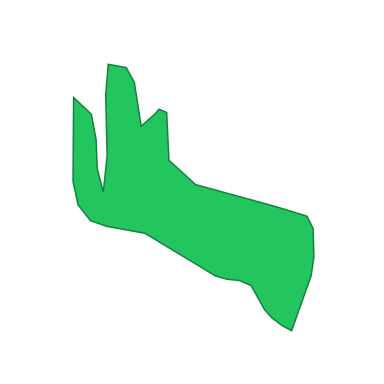 an SVG outline of Middle Caicos, rotated 203°
{"feature_id": "TCA-5003", "entity_name": "Middle Caicos", "entity_type": "state/province", "adm_level": 1, "iso_a3": "TCA", "parent_name": "Turks and Caicos Islands", "parent_adm1": "", "projection": "natural_earth1", "projection_center": [-71.735, 21.8], "detail": "fine", "context": "isolated", "style": "filled", "palette": "green", "viewbox_px": 384, "rotation_deg": 203, "n_neighbors": 0, "source": "natural_earth", "source_scale": "10m", "svg_char_len": 583}
<svg xmlns="http://www.w3.org/2000/svg" viewBox="0 0 384 384"><g transform="rotate(203 192 192)"><path d="M109.6,211.2L76.6,214.6L66.2,205.6L54.4,179.8L49.6,161.5L46.1,103.2L57.2,104.3L68.5,107.1L79.1,111.9L100.9,128.9L113.5,129.1L125.6,125.4L137.6,123.9L219.2,135.6L257.1,127.0L274.3,126.0L291.8,135.6L305.7,155.4L337.9,232.7L315.1,224.3L300.5,202.4L288.5,176.7L273.6,157.2L284.4,192.5L309.3,247.5L319.0,276.8L301.1,280.8L287.9,270.4L264.5,232.7L256.8,248.9L254.7,255.3L246.4,255.3L225.6,212.2L191.6,200.2L109.6,211.2Z" fill="#22c55e" stroke="#15803d" stroke-width="1.5"/></g></svg>